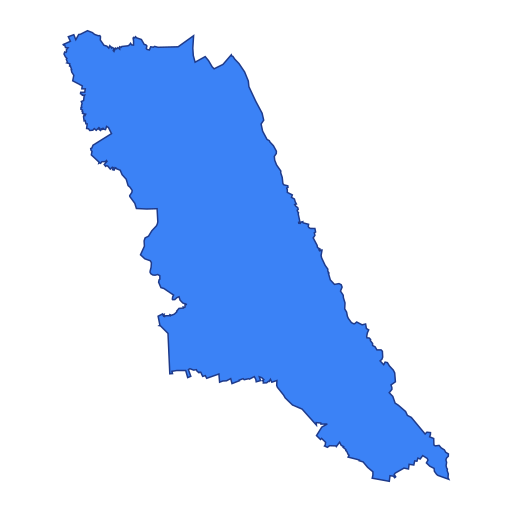 Atoyac, Veracruz, Mexico
{"feature_id": "50627088B15987380837011", "entity_name": "Atoyac", "entity_type": "district", "adm_level": 2, "iso_a3": "MEX", "parent_name": "Mexico", "parent_adm1": "Veracruz", "projection": "albers", "projection_center": [-96.804, 18.924], "detail": "fine", "context": "isolated", "style": "filled", "palette": "blue", "viewbox_px": 512, "rotation_deg": 0, "n_neighbors": 0, "source": "geoboundaries", "source_scale": "gbopen_adm2", "svg_char_len": 5949}
<svg xmlns="http://www.w3.org/2000/svg" viewBox="0 0 512 512"><path d="M168.0,333.4L169.8,373.8L172.5,373.6L171.9,371.3L176.7,370.5L185.7,370.5L187.7,377.6L190.8,376.3L188.4,369.6L189.9,368.7L193.6,370.1L196.4,369.7L197.0,371.1L198.8,372.6L198.9,372.2L200.7,372.2L202.7,376.4L205.3,375.6L206.7,378.3L218.9,374.0L219.6,382.2L222.8,381.0L226.5,380.8L230.7,378.6L232.0,383.6L239.4,380.7L239.2,380.1L243.1,378.7L244.2,379.7L248.6,378.7L249.4,379.1L254.3,376.6L255.8,379.4L256.2,381.8L260.5,380.6L259.3,376.8L261.8,377.7L263.8,379.6L262.4,380.7L263.4,381.1L263.3,383.0L266.6,382.8L268.5,381.3L269.2,381.5L270.4,379.3L271.8,382.2L276.9,380.5L276.7,385.4L277.4,387.3L283.6,395.1L285.2,397.9L292.5,405.0L302.1,409.1L316.4,425.1L316.2,422.6L320.8,423.0L320.9,424.1L327.3,424.0L321.8,427.1L316.5,435.6L320.5,439.5L321.6,438.4L325.6,442.3L325.2,445.1L324.5,446.0L327.4,447.3L329.6,445.7L335.9,445.9L336.3,446.6L339.6,442.2L341.2,445.4L343.6,446.6L343.1,447.3L345.9,449.6L345.8,450.6L346.8,451.4L348.1,454.4L349.0,455.2L348.1,457.1L357.2,459.4L359.4,460.1L359.2,460.7L363.1,461.9L367.6,467.3L372.9,471.8L372.9,475.1L372.2,478.2L389.3,481.3L390.0,475.7L393.5,476.2L394.6,477.7L395.2,477.3L395.7,476.8L394.2,474.5L395.2,473.1L404.0,468.1L408.5,469.0L409.1,464.3L413.8,465.0L414.7,460.9L416.9,461.2L417.9,458.1L420.2,459.0L422.7,455.6L427.2,458.4L428.0,460.1L426.4,462.9L429.8,466.2L434.1,468.4L434.4,471.3L436.6,474.4L437.9,475.4L448.8,479.3L448.0,477.6L448.3,473.9L447.1,470.6L447.4,469.1L446.7,468.2L446.1,465.8L446.6,462.3L445.9,459.9L446.6,457.9L448.3,456.3L448.4,453.9L445.7,452.3L444.4,449.9L441.1,447.8L439.1,445.4L435.2,445.9L433.9,444.9L433.7,438.5L429.6,436.8L430.4,434.6L430.5,432.6L426.9,432.2L425.1,434.0L411.3,417.4L407.4,415.4L405.6,411.5L398.3,405.2L395.1,403.1L392.8,396.4L389.2,392.7L391.9,389.4L391.9,387.7L391.0,384.9L395.4,381.8L394.7,372.9L393.3,370.1L389.4,365.9L387.4,362.6L385.1,362.1L383.7,364.7L380.1,360.9L381.9,359.3L382.7,357.1L382.4,351.3L381.1,349.9L376.9,349.9L375.1,346.8L372.6,345.5L372.6,343.5L370.4,340.7L370.6,339.5L369.2,338.0L366.9,337.8L366.7,336.2L367.4,332.7L368.7,329.9L366.4,328.5L365.6,324.0L362.1,324.8L356.7,322.0L354.7,323.7L353.5,323.7L351.4,322.6L348.4,318.5L347.4,316.3L346.6,312.1L344.7,308.9L345.0,302.9L343.4,297.7L343.2,295.2L340.5,291.1L342.1,287.1L341.2,284.7L339.0,283.6L334.5,284.4L330.3,279.9L328.4,273.1L328.9,272.9L327.8,271.2L327.8,269.1L325.1,265.3L321.6,257.8L321.1,255.5L322.0,250.2L319.7,250.9L319.3,250.5L319.0,249.5L320.1,249.1L317.5,247.5L317.1,245.3L313.2,237.9L314.9,235.4L314.3,232.8L315.6,232.0L314.9,228.5L310.2,228.4L308.8,227.5L308.2,226.5L308.6,224.3L303.3,222.9L302.5,222.3L302.7,221.7L300.9,222.1L300.3,223.4L298.8,223.3L298.6,222.3L299.6,222.0L299.7,220.9L298.2,213.9L298.5,212.7L297.7,211.9L297.2,210.2L298.2,209.3L297.7,207.6L295.8,206.2L294.7,204.5L296.4,204.0L295.2,201.8L294.4,199.0L291.5,197.4L292.3,194.9L287.3,192.4L287.3,189.4L286.7,188.6L286.8,188.0L288.0,187.4L287.8,185.8L284.0,184.9L282.9,183.6L282.2,177.3L280.7,172.8L280.8,171.0L276.6,165.0L274.7,160.2L274.3,156.4L276.3,153.5L276.4,151.2L273.4,145.7L270.0,142.1L269.3,140.7L267.0,139.4L262.6,131.1L261.1,124.0L263.7,120.2L262.1,113.2L255.7,101.2L248.9,86.7L248.3,81.0L244.6,71.9L239.0,63.6L234.8,59.2L232.9,56.4L231.7,56.0L231.3,54.8L223.0,64.4L214.1,68.8L212.2,66.9L208.5,60.6L205.2,56.6L195.1,62.2L193.3,55.6L192.8,48.2L193.6,35.7L178.1,46.8L158.0,47.3L154.6,46.4L153.4,47.2L150.7,46.8L149.4,50.0L147.0,49.4L146.3,48.5L146.9,46.0L145.8,44.8L144.2,44.4L141.4,39.5L136.6,37.8L135.5,36.7L134.7,37.9L133.6,37.4L133.1,38.1L133.6,41.3L133.5,45.1L131.7,44.9L130.5,43.3L129.6,44.8L128.0,45.8L121.8,46.5L121.2,47.3L119.8,46.8L119.7,49.1L117.9,47.6L116.7,48.8L115.5,48.1L114.0,51.5L113.2,50.6L114.0,48.4L111.7,47.2L111.5,47.8L109.8,45.7L108.8,48.1L106.8,46.1L104.0,45.3L100.3,40.0L100.5,36.7L99.8,35.6L98.2,35.7L94.6,34.4L92.4,32.6L87.5,30.7L80.3,34.3L78.7,34.5L75.8,39.7L73.8,34.7L68.3,36.7L70.4,41.3L63.2,44.5L63.5,45.1L64.6,44.9L65.5,47.6L68.0,47.8L66.3,49.9L66.6,51.2L66.0,52.4L64.7,52.0L64.0,54.0L65.4,56.8L66.9,58.4L66.3,59.2L67.5,62.5L66.9,62.9L69.8,63.8L69.6,66.0L70.3,65.9L71.6,69.5L71.2,69.6L71.8,72.2L73.8,75.3L72.7,80.8L82.3,85.9L81.8,88.8L85.3,88.9L84.7,92.3L80.7,92.3L80.5,93.7L82.2,94.6L82.3,95.3L84.7,95.1L84.1,96.1L83.6,100.5L81.3,101.5L82.1,103.7L81.5,105.2L81.7,107.4L81.0,107.4L80.9,109.3L82.5,110.1L82.1,111.6L82.9,112.0L82.5,113.4L85.7,114.2L84.9,115.7L84.0,115.3L83.5,116.5L84.1,120.9L85.2,120.6L85.9,123.8L87.2,123.9L86.6,128.5L88.5,128.8L89.8,130.5L92.8,130.2L94.3,128.6L96.2,130.3L98.9,127.6L99.8,128.4L99.1,129.4L100.6,130.5L101.6,128.9L102.4,129.3L102.9,128.3L103.3,128.4L103.2,129.1L105.5,129.6L106.6,126.4L108.5,127.6L111.5,133.6L93.0,145.2L91.8,148.1L90.7,148.5L91.0,150.2L92.0,151.3L91.3,154.9L99.1,162.2L98.8,163.3L99.8,162.8L100.6,163.3L101.9,161.7L105.4,161.6L106.5,160.5L107.0,161.4L104.2,164.5L105.6,166.3L106.1,165.8L107.7,166.0L110.3,169.1L112.3,167.2L113.2,167.6L112.6,169.7L114.1,170.1L115.0,167.6L116.1,168.1L116.1,168.6L120.2,170.2L122.1,174.7L126.2,179.2L128.1,185.6L130.0,187.2L132.2,190.5L131.8,192.5L129.7,195.6L129.8,196.5L134.8,203.3L136.4,208.5L146.6,209.0L157.1,208.7L157.8,221.9L157.3,224.0L156.4,225.9L151.8,230.8L148.5,236.2L145.1,237.9L144.1,240.9L144.4,246.2L140.5,254.8L144.8,258.8L150.2,260.7L151.4,262.7L151.1,267.2L150.1,271.2L150.1,272.4L150.9,273.8L152.8,275.0L155.1,275.2L157.7,274.5L159.8,275.7L159.9,279.1L159.1,279.8L158.6,282.2L160.9,287.6L163.9,288.5L173.6,295.1L172.7,296.8L172.3,299.2L172.7,299.7L174.8,299.6L176.8,297.7L179.0,296.7L180.1,300.2L182.8,303.0L186.9,304.5L185.8,304.6L185.5,304.2L185.0,305.0L185.1,307.0L184.3,307.4L183.2,307.0L183.3,308.1L179.0,308.4L176.7,311.1L176.8,311.8L174.4,314.1L171.4,315.3L170.8,315.0L170.5,315.6L169.8,314.8L169.3,315.7L165.2,315.8L164.7,316.6L163.7,316.3L164.1,314.5L163.0,315.1L162.6,313.9L158.1,316.2L159.9,325.2L159.3,325.6L160.4,325.8L168.0,333.4Z" fill="#3b82f6" stroke="#1e3a8a" stroke-width="1.5"/></svg>